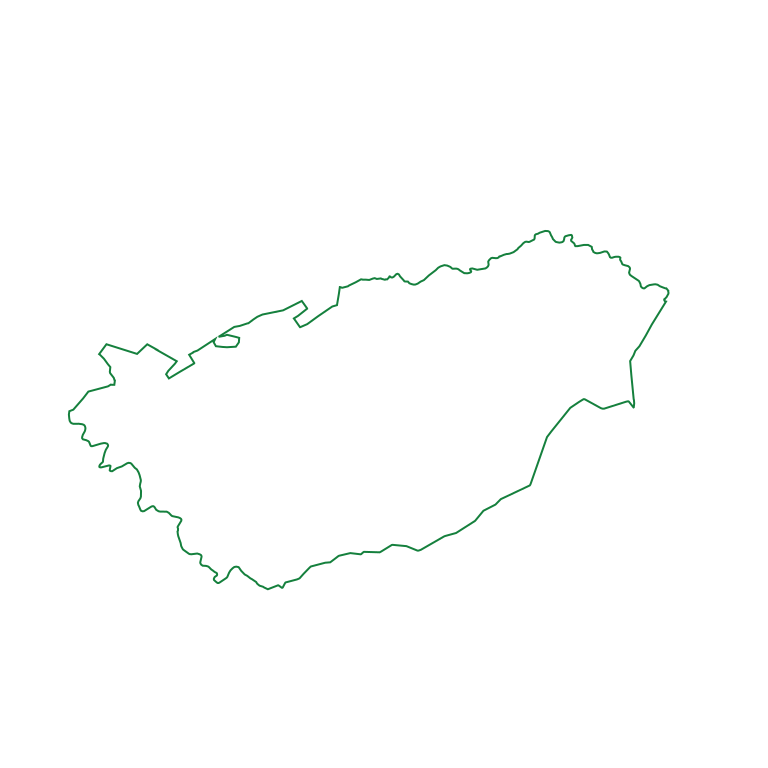 the district of Pilskalnes pag., Neretas, Latvia, rotated 332°
{"feature_id": "27541924B3554610472983", "entity_name": "Pilskalnes pag.", "entity_type": "district", "adm_level": 2, "iso_a3": "LVA", "parent_name": "Latvia", "parent_adm1": "Neretas", "projection": "equal_earth", "projection_center": [25.154, 56.226], "detail": "fine", "context": "isolated", "style": "outline", "palette": "green", "viewbox_px": 768, "rotation_deg": 332, "n_neighbors": 0, "source": "geoboundaries", "source_scale": "gbopen_adm2", "svg_char_len": 6129}
<svg xmlns="http://www.w3.org/2000/svg" viewBox="0 0 768 768"><g transform="rotate(332 384 384)"><path d="M93.4,260.3L91.4,263.1L90.0,266.5L89.2,268.9L89.3,271.0L89.8,272.0L90.9,273.2L95.8,275.8L98.6,277.8L99.7,279.0L100.1,280.0L100.1,281.1L99.9,282.1L99.5,283.1L98.5,284.4L97.6,285.3L94.2,287.5L92.5,289.2L92.0,290.2L92.2,291.5L94.7,293.8L96.1,295.7L96.4,296.7L96.0,300.7L96.2,301.3L96.6,301.6L97.4,302.0L105.9,303.7L108.8,304.6L110.0,305.2L111.2,306.4L111.5,306.7L111.7,307.8L111.5,308.8L110.9,309.5L107.5,311.5L104.9,313.8L101.1,318.0L99.4,320.6L99.0,320.9L96.6,321.5L95.2,322.0L94.2,322.8L93.8,323.4L93.8,323.8L94.3,324.4L95.6,325.0L103.0,326.8L103.7,327.3L104.0,328.0L103.8,328.3L101.3,331.4L101.3,331.8L101.9,332.7L103.1,333.4L108.7,332.9L113.8,333.7L120.0,333.4L121.5,333.7L122.9,334.7L123.5,335.7L124.6,341.0L125.7,343.4L125.8,346.9L125.4,349.8L124.2,354.7L123.4,356.0L122.0,357.5L120.3,359.7L119.3,364.3L116.5,369.3L115.3,370.5L112.1,372.2L110.9,373.4L110.3,375.5L110.3,376.9L109.9,380.5L110.0,381.9L111.1,383.1L112.5,383.6L121.2,383.0L122.7,383.4L123.2,383.9L123.6,385.0L123.8,388.1L125.2,390.5L126.5,391.6L132.2,394.7L133.5,396.7L134.5,400.2L135.0,401.2L139.9,405.3L141.1,406.9L141.5,408.0L141.4,408.7L140.8,409.6L134.9,413.1L134.4,413.8L134.3,414.9L133.6,416.1L133.2,416.8L132.5,417.2L131.5,419.7L130.9,421.8L129.8,428.9L128.9,431.7L128.8,433.1L128.8,435.4L129.0,436.1L132.0,442.2L132.5,442.9L134.0,443.9L139.5,446.0L141.3,447.8L142.1,449.1L142.1,450.2L141.8,450.9L138.3,454.9L137.9,455.5L137.7,456.2L137.8,457.7L138.6,459.3L141.4,461.0L142.9,462.4L143.5,463.5L144.4,466.6L145.3,468.3L146.2,470.4L147.5,472.3L147.5,473.1L147.1,474.1L146.5,474.6L144.0,474.9L142.5,475.9L142.1,476.5L141.9,477.2L142.6,479.3L143.5,481.4L143.8,481.7L144.6,482.1L145.7,482.1L153.4,481.3L154.4,481.1L155.2,480.7L158.6,477.9L161.0,476.5L163.9,475.6L165.9,475.3L167.8,475.9L169.5,477.3L169.7,477.6L170.2,481.9L171.6,486.8L173.2,489.2L174.8,492.9L175.7,494.2L178.2,498.9L178.2,500.4L178.4,501.1L179.2,503.1L179.6,503.8L182.0,506.2L182.7,507.5L185.1,510.7L196.0,512.0L196.6,512.8L198.1,515.9L198.7,516.2L199.1,516.1L203.2,513.3L203.9,513.0L215.4,515.7L217.3,515.9L218.3,515.9L224.0,513.8L232.4,511.1L233.8,510.8L248.2,514.2L252.8,516.2L263.1,514.5L263.9,514.6L274.9,517.5L283.4,523.4L283.9,523.5L286.8,522.8L287.5,522.8L301.2,530.6L302.7,530.6L315.3,529.8L316.0,530.0L327.7,537.7L335.3,546.8L336.2,547.3L338.7,547.7L365.3,546.8L366.5,546.9L377.7,549.4L400.2,547.6L412.3,542.6L425.8,542.8L433.1,540.5L465.1,542.0L466.0,541.5L467.7,540.0L503.0,507.4L509.3,504.5L537.3,492.5L538.2,492.4L547.8,491.4L552.5,491.1L553.4,491.2L554.2,491.9L564.2,507.2L565.3,508.3L566.7,509.1L589.5,513.3L591.2,513.8L591.8,514.2L592.0,514.8L593.3,521.8L593.6,521.8L595.8,518.6L597.2,515.4L597.3,514.7L606.5,492.4L612.1,479.3L617.7,475.9L621.5,472.7L627.2,470.6L637.9,464.1L648.4,457.2L671.7,443.6L670.9,442.9L670.8,441.9L670.9,441.2L671.5,440.7L671.8,440.9L672.2,440.6L674.3,439.9L677.5,437.8L678.2,436.6L678.4,435.6L678.8,435.2L678.2,432.1L677.5,431.8L675.1,429.1L673.5,427.2L672.2,424.8L670.5,423.4L669.2,422.8L664.8,421.3L662.3,421.2L658.9,421.8L657.8,421.2L657.1,420.2L656.6,418.5L657.4,415.9L657.5,413.1L657.3,412.4L653.2,404.8L652.4,402.9L652.5,401.6L652.7,400.7L655.3,397.8L655.6,396.8L655.5,395.9L654.9,394.5L652.4,392.2L651.0,390.7L650.7,390.0L651.0,386.9L650.8,386.0L650.9,385.0L652.0,383.4L651.7,382.6L650.8,381.7L648.5,380.5L647.0,380.0L644.7,379.6L643.6,379.0L643.1,378.1L643.4,375.5L643.4,374.0L643.0,371.8L642.7,371.5L640.7,370.4L636.4,369.7L634.1,368.9L633.1,368.4L631.9,367.3L630.9,365.7L631.1,364.1L630.9,363.0L631.8,360.4L629.5,357.0L625.9,355.1L619.8,353.2L617.7,352.1L617.6,351.4L617.9,350.0L617.9,349.1L616.5,345.7L616.5,345.4L616.8,344.6L619.0,343.2L619.6,341.2L619.6,340.8L619.2,340.2L616.9,339.4L613.5,338.7L612.6,339.0L611.9,339.5L610.9,340.9L609.6,342.1L608.2,342.4L606.9,342.1L605.2,341.5L603.1,339.8L602.3,339.0L601.2,335.3L601.4,333.6L601.3,331.0L601.6,328.0L601.5,327.3L600.6,326.0L598.1,324.5L592.4,323.5L590.6,323.6L588.3,323.1L587.4,323.3L586.9,323.6L585.3,326.2L584.4,326.9L579.2,326.8L578.3,326.5L576.6,325.2L575.4,324.8L574.3,324.9L573.0,325.1L570.0,326.2L566.4,327.0L565.1,327.7L560.3,328.4L556.2,327.9L554.3,327.3L553.3,326.8L550.5,326.2L546.6,325.9L546.5,325.7L545.5,325.6L544.6,326.1L543.1,326.0L541.8,325.4L538.8,323.4L537.5,323.2L535.1,323.9L533.7,324.7L533.4,325.0L532.5,327.5L532.1,328.1L531.1,328.9L529.6,329.4L527.9,329.6L519.9,326.9L516.3,323.5L514.8,322.9L514.1,322.9L513.7,323.4L513.9,325.4L513.5,325.9L512.9,326.1L511.2,325.9L509.6,325.4L506.9,323.8L504.4,319.5L503.7,317.9L503.1,317.0L501.9,316.0L498.8,314.5L498.3,313.9L497.6,311.9L497.1,311.2L495.4,309.1L493.1,307.4L489.1,306.7L486.4,306.8L483.1,307.8L474.6,309.2L468.0,311.0L464.4,310.8L460.9,311.2L458.4,310.9L456.9,310.2L455.3,308.8L453.7,307.0L453.2,304.8L450.6,303.3L450.2,302.8L450.1,301.9L448.7,296.5L448.6,294.3L447.8,293.1L446.5,292.8L443.0,293.9L441.5,293.9L440.7,293.5L440.3,293.1L439.8,291.9L439.4,291.6L437.9,292.5L435.8,293.1L434.7,292.4L433.8,292.4L431.2,290.0L430.8,289.3L427.0,287.9L425.5,286.2L423.8,285.7L419.8,285.2L416.7,283.2L414.2,281.9L413.5,281.2L412.8,280.8L406.8,280.9L399.3,280.6L398.0,280.8L392.6,279.5L392.1,279.3L391.2,278.2L390.5,277.7L386.5,283.2L379.5,292.3L374.7,291.3L357.8,293.2L344.3,295.1L336.7,294.5L336.5,294.4L335.2,283.8L340.0,283.5L351.5,281.4L351.6,281.1L351.3,278.8L350.4,272.1L329.5,271.6L309.3,265.6L303.7,265.2L299.0,265.7L292.7,266.7L292.1,266.4L283.9,265.0L278.6,263.3L260.1,264.7L266.0,266.6L268.4,266.8L275.3,272.9L277.8,275.3L275.4,279.1L270.7,281.5L262.6,277.8L258.7,275.4L253.3,271.7L253.2,267.1L256.1,265.0L235.0,266.9L230.7,266.3L230.3,266.6L225.7,266.7L226.3,276.3L226.3,276.5L226.0,276.7L209.5,277.4L196.7,278.1L196.2,273.1L199.8,271.1L209.0,267.9L211.7,266.6L199.2,246.9L199.5,246.9L193.6,237.8L180.1,241.5L157.6,218.6L146.5,223.9L147.0,225.0L148.6,230.3L149.5,236.8L150.3,240.6L147.6,244.6L147.3,245.9L148.3,251.6L147.8,254.4L148.0,254.6L145.5,258.1L143.1,256.8L142.6,256.3L139.2,256.5L119.4,251.9L111.5,255.5L98.4,260.5L97.7,260.8L93.4,260.3Z" fill="none" stroke="#15803d" stroke-width="2"/></g></svg>